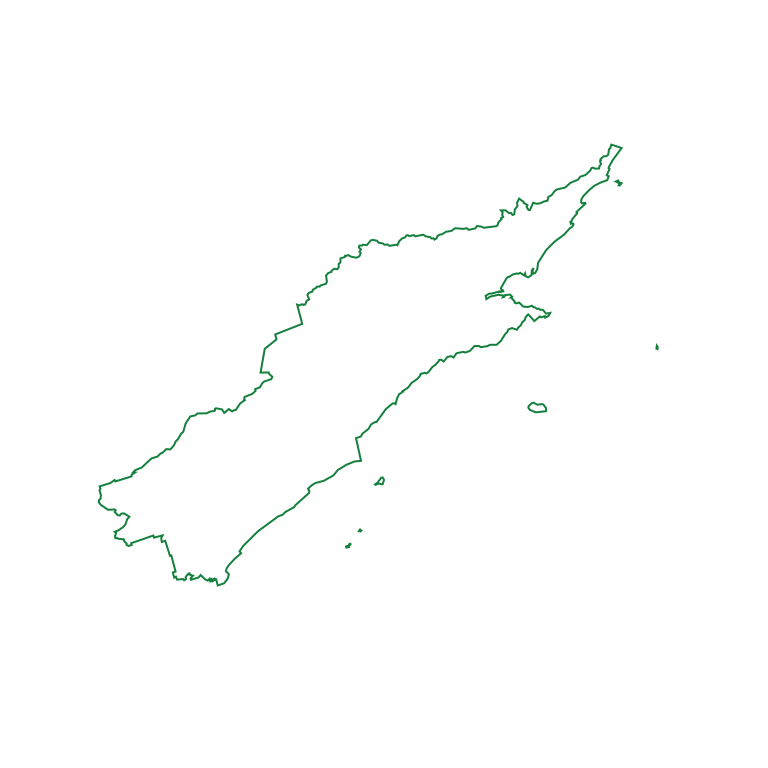 outline of Cairns, Queensland, Australia, rotated 68°
{"feature_id": "25037944B34353436415485", "entity_name": "Cairns", "entity_type": "district", "adm_level": 2, "iso_a3": "AUS", "parent_name": "Australia", "parent_adm1": "Queensland", "projection": "equal_earth", "projection_center": [145.798, -17.106], "detail": "fine", "context": "isolated", "style": "outline", "palette": "green", "viewbox_px": 768, "rotation_deg": 68, "n_neighbors": 0, "source": "geoboundaries", "source_scale": "gbopen_adm2", "svg_char_len": 6135}
<svg xmlns="http://www.w3.org/2000/svg" viewBox="0 0 768 768"><g transform="rotate(68 384 384)"><path d="M250.4,371.8L251.6,372.8L251.2,377.3L255.0,378.9L255.7,381.0L258.9,382.3L260.1,384.3L258.5,386.8L259.2,390.0L260.3,390.6L260.2,394.1L261.7,397.1L267.7,398.6L269.3,400.2L268.9,406.2L269.6,407.0L268.6,409.9L269.4,410.8L270.0,414.8L271.5,415.8L271.3,419.5L272.7,421.7L277.5,421.7L278.0,424.7L280.7,427.2L280.5,429.2L279.6,429.6L279.3,430.7L279.4,433.1L277.9,434.8L297.6,437.3L297.3,466.3L302.4,467.0L306.7,481.4L327.2,494.2L330.1,486.6L331.5,486.8L335.5,484.8L337.3,486.8L336.8,494.1L337.7,496.7L340.6,500.2L340.5,505.4L342.3,505.7L343.8,510.0L343.8,518.2L345.7,519.4L346.8,519.0L348.1,524.6L352.6,531.2L352.1,533.1L352.5,535.0L349.1,537.3L351.0,543.0L346.9,543.7L343.6,548.8L343.7,550.0L345.2,550.6L345.4,551.9L344.5,555.1L344.7,559.5L341.4,568.1L342.4,570.7L341.5,575.8L346.3,582.7L353.1,588.0L354.1,590.7L358.1,595.9L359.0,598.4L362.3,601.9L364.6,606.6L362.8,610.4L364.7,614.7L364.8,617.3L366.4,621.3L365.9,627.5L370.7,639.9L370.7,647.1L371.9,649.6L372.8,648.0L373.5,651.8L375.1,652.7L373.7,669.6L372.1,669.7L373.3,674.6L372.4,686.0L375.0,686.2L376.0,687.6L381.1,688.1L384.2,689.8L385.0,691.8L386.8,692.7L390.2,691.7L397.3,686.9L399.4,680.7L400.6,680.1L401.7,681.6L405.9,680.0L406.9,678.3L405.8,676.0L406.7,673.4L411.7,669.8L413.2,672.8L417.5,676.5L418.9,679.6L420.2,685.0L420.3,689.0L421.8,688.2L424.3,690.4L426.4,690.8L426.7,689.2L428.0,688.3L430.5,683.4L432.5,683.8L435.6,682.4L436.8,683.0L438.5,681.3L438.7,678.2L436.9,678.0L438.1,654.6L440.3,654.8L441.4,646.0L443.5,648.3L447.2,649.2L447.4,645.6L463.2,646.8L463.3,645.4L479.8,647.5L479.6,650.4L485.0,651.0L484.7,649.1L487.9,649.1L489.5,643.5L491.1,642.8L490.6,640.6L488.8,640.3L487.0,637.4L486.3,634.6L487.5,636.2L490.2,632.9L491.6,636.1L493.2,636.4L493.9,628.2L492.4,625.6L497.9,623.2L500.3,621.0L499.1,618.4L500.1,618.2L500.1,617.1L500.9,617.4L500.3,619.0L501.9,618.7L501.3,617.1L502.0,616.9L502.3,617.9L502.7,616.9L502.1,616.6L502.3,615.0L501.3,615.4L500.9,613.3L501.4,614.0L502.1,612.8L508.5,613.6L508.9,606.9L505.8,601.7L502.3,599.1L498.4,600.7L496.1,599.0L493.8,595.7L490.3,588.3L487.4,579.9L485.0,580.6L481.4,575.2L473.3,555.9L467.1,531.7L467.2,526.8L465.7,523.3L464.5,513.3L463.1,511.4L457.0,494.5L455.3,493.3L452.7,493.7L450.9,489.2L450.1,484.8L451.2,476.2L449.8,465.1L446.5,459.1L444.8,449.3L444.8,440.3L446.6,434.1L423.7,430.2L424.0,425.2L422.0,422.6L419.7,415.0L416.7,411.3L415.9,406.9L416.4,405.1L408.0,391.8L405.3,383.6L405.6,381.9L407.0,380.8L402.1,377.2L398.9,373.5L398.8,371.1L397.6,369.7L398.1,369.0L397.5,368.8L396.4,363.2L393.3,358.0L391.8,351.2L389.7,347.2L388.4,346.4L388.8,342.2L390.1,340.6L389.5,338.2L386.4,332.9L385.5,329.2L383.4,324.7L382.4,324.0L382.9,321.8L385.5,320.3L382.7,315.1L383.3,311.4L385.5,309.6L382.7,305.3L383.8,298.7L385.3,296.6L385.5,292.0L382.7,285.8L384.5,281.5L386.1,280.5L387.7,273.8L387.3,271.3L389.8,264.9L387.8,259.4L383.1,253.0L382.0,250.2L380.0,248.3L380.1,244.4L383.5,240.4L382.1,238.7L380.8,235.2L378.6,232.7L377.2,229.2L375.5,228.1L373.6,224.9L373.6,224.1L382.0,221.0L379.7,214.2L381.1,213.3L381.3,209.5L382.9,209.7L382.5,205.8L380.3,203.3L379.5,207.3L374.7,209.0L373.7,211.5L372.1,212.2L371.7,214.0L369.3,215.5L368.8,216.7L366.9,217.4L366.5,221.7L364.4,225.9L359.2,228.1L358.9,231.0L357.4,232.5L356.4,231.9L351.5,233.8L351.3,232.4L351.2,233.2L350.9,232.5L348.3,233.7L346.9,238.4L348.2,239.6L348.1,241.3L346.8,239.9L344.1,244.7L342.7,253.0L343.7,257.3L340.3,256.7L339.6,252.6L340.5,250.4L341.4,242.5L342.0,242.7L342.8,238.7L341.5,238.7L340.7,239.9L338.8,239.6L332.2,231.2L331.1,228.9L331.6,227.9L330.7,223.9L331.2,219.7L332.1,218.2L331.9,216.1L335.7,213.4L334.3,211.8L337.1,212.3L339.1,210.4L338.4,206.6L334.0,204.3L332.5,201.8L335.0,204.1L337.4,204.1L337.4,205.5L337.8,202.4L335.0,198.9L329.3,195.7L320.6,183.5L315.9,172.5L313.0,161.2L308.9,152.7L309.1,151.4L307.4,148.8L306.5,148.4L305.4,149.4L305.5,150.7L303.5,150.5L303.4,149.3L301.5,147.4L298.4,141.5L297.8,140.8L296.9,141.2L296.1,139.8L292.2,129.6L291.4,129.6L290.7,132.7L289.3,133.2L286.7,131.8L284.4,128.7L280.9,120.7L279.0,114.7L278.4,108.3L278.6,100.6L275.6,97.8L274.0,99.3L269.1,94.3L267.9,94.9L266.9,94.0L262.1,88.1L254.2,75.3L247.2,83.5L250.3,86.2L250.7,87.5L255.4,90.2L256.1,92.6L255.1,95.2L256.7,99.1L257.8,99.1L258.3,100.3L261.3,100.3L262.8,102.6L264.8,103.9L263.2,108.0L261.8,108.8L261.5,110.6L263.4,112.9L265.7,118.9L265.3,124.3L267.2,127.6L267.3,135.8L269.7,142.4L268.4,150.9L269.0,153.4L271.7,157.9L272.1,161.6L275.3,163.7L274.7,167.4L275.0,171.1L274.2,174.8L271.8,177.8L277.3,183.4L276.9,184.8L273.3,185.5L271.9,184.0L268.3,186.7L267.4,186.4L262.7,189.3L265.7,192.7L269.0,193.6L271.2,197.3L275.5,199.7L275.4,201.5L273.0,202.2L272.4,204.1L268.5,206.2L266.8,210.5L269.6,209.8L271.7,211.1L273.8,210.9L274.2,213.4L275.2,213.4L277.2,217.6L279.5,219.4L279.7,221.0L276.5,233.0L274.2,235.2L272.4,238.6L273.9,241.2L272.8,247.7L270.5,248.9L270.0,252.1L266.2,259.8L267.3,264.4L266.1,269.4L266.9,274.0L266.4,276.1L266.9,279.2L268.7,280.7L269.0,283.1L267.4,283.5L267.0,285.3L265.0,286.3L262.9,289.8L260.3,291.7L258.8,299.7L257.1,300.6L256.4,305.2L254.9,306.2L254.8,307.9L256.0,309.5L255.8,312.7L257.2,316.2L260.3,319.6L259.5,320.3L257.9,327.3L255.9,328.5L255.1,331.3L253.0,332.7L251.1,336.0L248.5,336.9L246.1,340.5L245.9,342.4L248.8,348.0L246.9,351.4L247.4,352.4L246.5,354.8L246.8,355.5L248.3,356.1L250.5,354.9L252.0,357.1L253.9,356.6L256.1,358.6L256.6,360.7L256.5,362.5L253.3,367.2L251.1,368.7L251.2,370.5L250.4,371.8ZM467.2,253.8L469.9,244.0L467.1,242.8L462.8,243.9L461.8,245.1L460.6,249.6L457.3,252.4L457.2,254.5L458.7,258.1L460.1,259.1L462.7,258.4L467.2,253.8ZM476.5,422.9L472.9,419.9L470.1,420.3L469.8,421.7L473.0,426.8L473.7,429.9L474.4,429.5L474.2,426.5L476.5,422.9ZM283.1,93.2L284.9,91.5L287.3,90.9L287.8,91.8L288.2,90.9L286.8,88.5L285.3,90.4L283.0,90.7L283.1,93.2ZM520.6,477.8L520.3,480.0L521.6,480.2L522.1,477.6L520.6,477.3L520.3,475.2L519.5,475.0L519.3,476.0L520.6,477.8ZM450.7,116.7L453.2,118.2L454.1,117.3L452.3,116.4L450.7,116.7ZM511.1,462.4L511.9,460.9L511.5,459.9L509.9,460.7L511.1,462.4Z" fill="none" stroke="#15803d" stroke-width="2"/></g></svg>